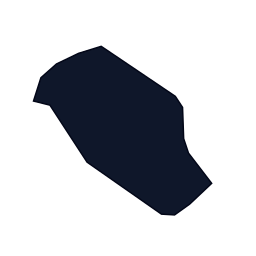 the border of Paris, rotated 34°
{"feature_id": "FRA-5333", "entity_name": "Paris", "entity_type": "Metropolitan department", "adm_level": 1, "iso_a3": "FRA", "parent_name": "France", "parent_adm1": "", "projection": "albers", "projection_center": [2.343, 48.859], "detail": "fine", "context": "isolated", "style": "filled", "palette": "ink", "viewbox_px": 256, "rotation_deg": 34, "n_neighbors": 0, "source": "natural_earth", "source_scale": "10m", "svg_char_len": 351}
<svg xmlns="http://www.w3.org/2000/svg" viewBox="0 0 256 256"><g transform="rotate(34 128 128)"><path d="M34.6,158.5L27.7,135.0L32.9,114.9L45.3,93.7L60.1,75.3L149.5,75.3L161.7,80.4L180.1,105.7L192.2,115.0L228.3,127.1L221.7,156.5L215.2,174.0L203.9,180.7L113.2,179.2L50.5,152.7L34.6,158.5Z" fill="#0f172a" stroke="#020617" stroke-width="1.5"/></g></svg>